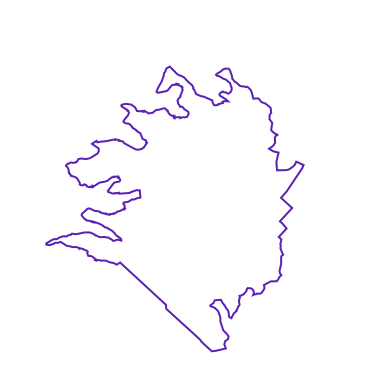 North Sydney, New South Wales, Australia, rotated 123°
{"feature_id": "25037944B70017345976481", "entity_name": "North Sydney", "entity_type": "district", "adm_level": 2, "iso_a3": "AUS", "parent_name": "Australia", "parent_adm1": "New South Wales", "projection": "mercator", "projection_center": [151.213, -33.834], "detail": "fine", "context": "isolated", "style": "outline", "palette": "violet", "viewbox_px": 384, "rotation_deg": 123, "n_neighbors": 0, "source": "geoboundaries", "source_scale": "gbopen_adm2", "svg_char_len": 6036}
<svg xmlns="http://www.w3.org/2000/svg" viewBox="0 0 384 384"><g transform="rotate(123 192 192)"><path d="M77.4,187.4L80.3,191.5L76.1,195.9L75.6,196.9L74.6,197.9L73.7,201.7L73.7,203.2L74.9,204.4L75.2,206.1L76.1,207.3L76.9,209.6L76.2,213.3L76.1,216.7L75.1,219.3L75.1,219.9L72.6,222.0L70.8,224.7L69.8,225.6L69.0,227.3L68.6,228.4L70.4,231.3L72.7,232.9L75.0,233.4L79.5,235.6L80.6,235.7L80.9,234.3L80.0,232.1L79.9,227.1L79.3,225.1L79.9,220.0L80.2,219.0L82.1,217.0L82.9,215.5L84.9,214.3L87.7,214.1L89.6,215.0L90.2,216.1L90.0,217.7L91.0,219.9L91.0,221.0L93.6,222.2L95.1,222.3L96.0,221.0L95.8,213.9L96.3,211.1L97.0,212.3L96.8,212.9L99.6,215.5L100.5,214.5L103.7,217.6L104.0,217.3L105.2,218.0L107.1,220.4L107.1,221.1L105.3,224.0L104.1,224.8L105.8,234.9L106.6,236.0L107.5,241.4L107.7,241.6L105.1,245.8L104.7,247.3L103.8,247.6L102.4,250.0L101.5,256.3L100.3,260.7L100.5,264.7L101.0,265.4L101.2,268.6L98.9,278.9L101.9,280.6L103.3,280.7L105.7,279.9L107.7,280.2L109.9,279.0L116.1,277.6L123.4,277.2L127.3,276.4L127.4,274.7L121.1,268.2L118.7,267.5L116.7,267.5L112.8,266.8L110.9,263.9L110.3,264.2L110.2,263.9L110.7,263.6L109.6,264.0L108.9,262.1L109.9,261.8L109.3,259.4L109.5,258.4L109.1,258.3L109.3,257.1L110.0,257.2L111.4,255.4L117.6,254.2L118.5,253.5L121.4,254.2L123.5,253.8L123.8,253.0L125.5,251.7L126.3,249.2L127.1,248.5L125.9,246.8L126.1,245.1L126.7,244.0L126.8,238.7L128.4,237.3L131.7,237.1L133.6,239.0L134.5,240.8L136.5,242.1L135.8,242.9L138.7,246.9L139.6,246.6L139.7,247.5L138.4,247.9L139.0,248.2L138.4,249.1L138.7,249.1L139.2,251.9L138.6,254.5L137.3,256.4L137.6,256.4L136.5,260.0L137.2,261.3L140.9,264.4L142.8,266.8L147.0,268.1L149.8,271.3L149.7,274.5L150.2,275.9L150.8,275.8L151.2,276.4L150.2,276.6L152.4,279.2L154.0,282.2L152.0,285.9L151.8,290.7L154.3,295.8L157.1,298.4L157.9,298.5L158.6,297.6L158.4,291.2L159.0,290.4L158.6,290.2L158.7,289.4L159.6,288.2L162.2,287.4L168.0,288.1L169.9,288.0L170.6,287.5L170.6,285.3L169.0,281.7L170.1,277.0L170.4,277.0L170.7,276.2L170.4,273.9L170.6,271.6L171.0,271.6L170.9,267.2L174.3,262.6L173.9,258.3L175.5,257.6L175.3,256.5L181.1,256.7L183.3,257.7L185.0,259.2L186.1,260.5L187.0,262.7L188.0,275.4L187.3,277.2L187.7,278.8L188.9,281.2L188.2,281.4L189.5,284.9L190.1,284.7L190.7,286.3L195.7,291.2L199.8,296.3L201.9,298.4L201.1,299.9L206.1,302.1L206.3,294.0L208.6,292.4L210.9,292.1L219.1,295.9L222.0,298.7L224.6,303.7L226.4,305.2L228.5,305.0L230.0,305.3L229.9,305.6L232.2,307.2L232.9,309.2L233.8,310.1L235.5,310.9L235.5,311.3L236.3,311.8L238.5,312.2L238.8,311.9L239.1,309.9L240.4,307.7L243.1,305.6L242.8,305.2L243.7,303.9L243.9,302.4L244.3,302.4L243.0,297.6L243.1,295.9L245.0,291.8L245.7,290.8L246.5,290.6L247.0,289.3L246.1,287.4L244.5,286.6L244.5,285.7L244.0,285.8L243.8,284.3L244.5,283.0L244.4,282.2L245.1,281.9L244.4,282.0L243.4,279.9L243.1,279.6L242.8,280.0L242.0,279.3L242.2,278.7L241.7,278.8L242.1,278.3L241.6,278.6L241.0,278.1L241.3,277.7L234.4,274.6L231.0,270.9L228.8,269.1L223.5,267.3L222.2,265.8L221.9,266.1L219.3,262.5L220.3,262.0L220.4,261.7L219.4,261.5L221.0,258.7L221.7,258.4L223.2,258.9L224.7,260.7L226.9,262.5L237.0,263.1L237.6,262.4L236.5,257.9L235.6,256.1L234.7,256.0L233.9,254.4L232.6,253.0L233.2,252.8L232.6,251.5L226.7,243.7L225.9,243.5L220.7,239.6L219.1,236.6L224.8,232.2L226.7,234.3L230.1,236.7L230.7,238.1L234.7,240.0L238.2,243.6L239.2,243.1L240.4,240.7L242.2,240.0L242.2,239.1L242.7,239.1L243.7,239.3L243.6,240.2L247.1,242.0L249.1,244.0L249.7,244.0L252.9,245.6L252.6,246.1L254.2,247.2L255.2,248.9L255.9,248.6L257.0,251.0L256.7,251.2L257.0,252.7L257.4,252.6L258.7,256.2L259.1,258.1L258.7,258.3L259.0,259.6L260.8,263.3L261.6,269.1L263.0,270.5L270.5,272.4L271.6,271.9L272.2,270.5L273.0,267.9L273.0,265.4L273.3,265.4L273.3,265.0L271.0,259.8L271.7,259.7L271.4,258.8L270.6,258.8L270.3,257.2L270.8,257.2L270.7,256.8L270.1,256.8L269.0,252.0L268.7,247.6L269.1,246.3L268.3,244.0L268.5,242.8L268.0,241.9L268.3,241.0L268.0,238.3L268.7,234.4L269.3,233.3L269.7,231.0L269.7,227.8L270.1,225.7L271.3,224.8L272.5,228.6L275.4,230.7L276.0,231.6L275.5,233.8L275.9,235.7L275.6,237.2L276.9,239.3L277.2,240.7L279.7,244.1L280.4,245.8L280.6,248.5L281.0,249.0L280.8,251.5L281.5,255.5L284.6,260.3L290.4,266.0L292.4,270.1L293.9,270.3L295.5,272.0L298.2,273.5L298.7,275.3L300.6,277.0L302.7,278.6L305.1,279.6L306.4,281.6L308.1,283.1L314.4,286.2L315.4,285.7L314.6,283.3L313.2,281.5L312.6,281.5L311.1,279.9L309.2,279.2L307.6,276.8L305.4,275.0L305.3,267.3L304.5,266.0L303.3,262.2L301.3,259.3L300.3,255.6L300.6,255.4L300.2,255.3L299.3,252.9L298.6,248.1L298.8,247.0L300.4,246.5L302.1,244.1L300.8,242.2L300.5,239.9L300.9,236.5L302.0,236.4L301.8,234.9L300.8,235.0L298.8,230.5L296.5,227.0L295.7,222.5L294.2,219.0L293.9,215.5L290.3,213.9L300.8,152.4L304.0,150.0L310.9,107.8L311.6,104.1L312.2,103.4L312.8,100.5L314.8,88.6L312.0,85.3L304.8,78.4L302.1,82.0L298.9,82.9L295.8,81.7L293.4,82.5L292.4,84.3L291.0,90.4L285.3,97.5L281.4,100.2L277.7,105.2L276.8,109.5L277.6,114.6L277.0,114.8L273.2,113.5L270.4,113.9L266.6,108.9L268.6,105.5L269.2,103.0L269.8,102.6L269.9,101.7L271.1,99.6L271.5,97.8L272.2,96.6L274.3,94.6L275.9,93.6L276.5,92.8L276.4,90.3L270.9,90.8L267.5,89.8L267.3,90.3L265.2,90.3L263.4,90.8L260.8,90.6L258.2,92.9L256.3,94.0L254.9,94.1L253.3,95.6L252.3,94.4L251.3,94.2L249.7,92.9L244.9,92.5L243.4,93.2L242.2,92.9L240.6,90.0L240.8,87.5L242.4,85.3L245.1,84.6L243.8,83.8L242.9,82.6L242.1,82.4L240.0,79.3L238.2,78.6L233.5,78.7L231.9,79.8L230.9,81.0L224.1,77.3L220.7,72.3L218.3,72.1L215.9,72.4L213.1,71.8L212.3,73.9L210.6,75.6L203.7,78.1L198.0,81.8L197.2,82.1L195.0,81.4L192.1,85.9L190.9,87.2L188.8,88.3L187.6,89.5L183.1,91.2L182.5,94.7L171.1,92.8L169.2,99.0L168.7,102.3L150.9,99.3L148.4,114.1L139.7,112.9L112.2,112.5L108.6,113.1L109.8,121.1L113.3,120.6L115.3,121.0L119.5,122.6L121.2,123.7L122.5,125.1L127.5,132.5L120.8,137.6L111.8,140.9L113.6,145.8L113.8,150.9L109.1,149.1L105.4,149.1L101.4,152.1L99.7,152.3L97.6,151.4L97.4,151.9L97.9,154.4L97.5,157.7L96.8,159.4L90.4,162.3L88.7,166.7L85.3,168.7L82.3,168.8L78.6,171.9L77.8,178.5L78.7,182.3L78.4,184.2L77.8,185.3L77.4,187.4Z" fill="none" stroke="#5b21b6" stroke-width="2"/></g></svg>